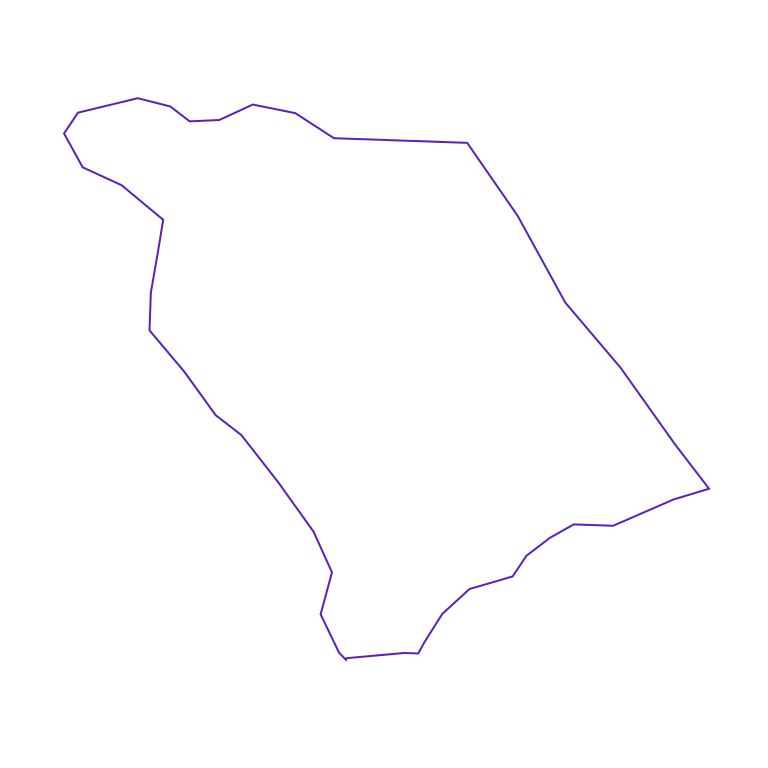 the district of Helsingborg, Skåne, Sweden, rotated 182°
{"feature_id": "70781695B77389935020700", "entity_name": "Helsingborg", "entity_type": "district", "adm_level": 2, "iso_a3": "SWE", "parent_name": "Sweden", "parent_adm1": "Skåne", "projection": "natural_earth1", "projection_center": [12.824, 56.101], "detail": "fine", "context": "isolated", "style": "outline", "palette": "violet", "viewbox_px": 768, "rotation_deg": 182, "n_neighbors": 0, "source": "geoboundaries", "source_scale": "gbopen_adm2", "svg_char_len": 738}
<svg xmlns="http://www.w3.org/2000/svg" viewBox="0 0 768 768"><g transform="rotate(182 384 384)"><path d="M55.5,290.7L90.8,333.5L148.2,408.6L205.6,471.6L256.2,556.6L306.9,624.7L309.3,627.9L442.6,627.9L482.1,651.6L524.9,658.7L557.8,642.1L587.4,639.7L607.2,653.9L640.1,661.0L642.3,660.4L699.3,644.5L712.5,623.2L695.3,594.4L692.7,590.0L653.2,573.5L610.4,540.4L613.7,514.4L620.2,467.1L620.2,429.4L584.0,389.3L551.1,346.9L536.3,336.3L524.8,328.0L485.3,280.9L476.3,269.1L449.2,233.9L429.4,193.9L439.3,151.6L419.6,114.0L412.4,107.0L411.8,108.7L354.4,115.9L340.4,115.9L334.2,128.1L317.7,156.3L291.4,182.1L248.7,196.2L235.6,217.4L212.6,236.2L189.5,250.3L150.1,250.3L90.9,278.6L55.5,290.7Z" fill="none" stroke="#5b21b6" stroke-width="2"/></g></svg>